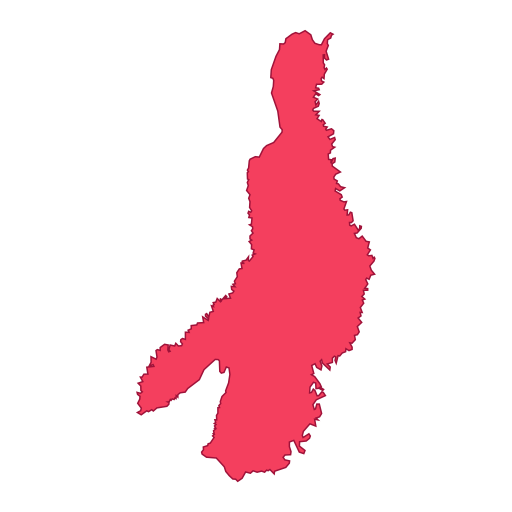 outline of Seate, Mokhotlong, Lesotho
{"feature_id": "5366337B91839727568065", "entity_name": "Seate", "entity_type": "district", "adm_level": 2, "iso_a3": "LSO", "parent_name": "Lesotho", "parent_adm1": "Mokhotlong", "projection": "equal_earth", "projection_center": [28.771, -29.06], "detail": "fine", "context": "isolated", "style": "filled", "palette": "rose", "viewbox_px": 512, "rotation_deg": 0, "n_neighbors": 0, "source": "geoboundaries", "source_scale": "gbopen_adm2", "svg_char_len": 6074}
<svg xmlns="http://www.w3.org/2000/svg" viewBox="0 0 512 512"><path d="M315.8,426.1L314.6,419.2L318.0,419.9L316.1,418.0L319.6,416.8L321.6,413.5L319.3,404.1L316.8,404.1L315.5,408.9L314.3,409.5L312.9,404.7L316.3,399.8L325.4,395.6L323.3,392.4L321.8,391.9L318.6,395.7L317.1,395.8L315.0,390.6L313.3,389.1L311.5,392.4L309.6,392.9L310.0,387.1L313.5,382.3L315.7,383.0L316.0,388.6L319.0,388.3L322.7,390.4L323.6,389.4L320.0,387.3L321.3,386.8L319.9,383.7L314.7,376.6L311.4,374.7L313.8,373.5L311.7,365.5L315.0,363.7L316.7,367.4L321.0,369.9L321.9,366.0L320.1,361.2L321.6,359.7L322.5,363.1L329.8,370.0L330.2,367.0L327.2,364.0L332.4,362.4L332.4,358.1L334.4,356.2L335.8,356.9L335.0,360.3L336.2,363.2L338.1,355.6L339.7,356.0L342.2,353.0L345.6,351.7L345.9,348.7L349.0,350.6L352.1,349.4L352.1,347.1L349.8,342.8L352.0,343.2L355.3,339.7L354.5,335.4L357.4,334.7L359.2,331.9L357.3,326.5L361.7,322.4L358.1,318.0L361.0,315.9L360.1,312.4L362.2,312.5L360.3,307.5L363.7,303.2L362.3,300.0L364.8,299.1L361.8,296.5L364.2,294.0L363.4,290.3L367.7,290.2L367.7,288.6L364.7,288.3L367.8,283.9L365.7,279.6L366.7,278.1L369.1,279.3L370.8,275.2L374.6,274.2L371.3,270.2L369.8,266.0L373.9,261.2L374.9,258.4L374.2,257.2L373.0,258.4L371.9,255.4L368.7,255.8L367.3,254.8L370.4,249.9L367.7,248.0L369.3,241.9L366.1,241.3L362.2,236.1L358.9,238.7L356.3,237.7L354.4,233.4L357.1,233.0L361.2,228.3L361.4,226.4L359.8,225.8L359.6,228.8L358.1,229.9L354.4,224.2L351.2,225.9L349.7,225.2L349.5,222.5L351.4,222.6L353.1,220.8L351.8,212.7L350.4,212.2L348.8,214.9L347.1,215.0L347.6,209.8L344.9,210.2L343.9,209.0L346.5,201.5L343.9,201.9L340.2,200.3L339.9,198.8L342.2,197.1L341.3,194.7L335.1,191.0L335.6,188.5L339.8,190.9L344.6,187.7L340.6,186.7L338.3,183.8L336.5,183.5L337.3,180.9L334.1,179.1L333.8,177.1L335.7,174.2L340.4,172.0L332.3,166.1L332.1,163.8L334.8,162.0L335.2,158.1L333.0,158.6L330.9,163.3L331.2,159.7L328.6,159.4L328.2,154.0L330.4,152.9L330.5,150.2L334.7,147.2L332.5,146.6L331.7,144.0L335.2,139.7L334.6,137.5L329.9,139.4L328.0,136.8L333.5,133.8L333.8,130.7L331.5,128.8L326.4,130.3L325.7,129.1L327.2,127.0L323.6,126.3L323.3,124.7L325.2,123.3L322.7,119.7L321.9,119.5L321.2,121.5L317.0,118.7L319.1,115.4L315.8,114.8L319.2,111.3L313.7,111.2L312.7,110.1L313.5,108.4L318.3,106.2L319.2,103.6L318.6,101.3L315.9,105.0L315.1,101.7L317.7,99.1L313.4,97.2L315.7,93.8L318.6,95.6L319.9,94.6L313.7,90.8L319.2,89.7L318.6,88.2L315.6,87.8L316.5,84.3L321.7,84.2L323.8,82.1L321.5,80.9L321.1,78.6L322.1,77.2L324.0,78.6L324.3,74.2L327.2,69.2L326.4,68.0L324.9,69.4L324.1,67.7L324.6,64.8L323.3,62.9L323.2,54.9L324.5,54.7L324.4,58.0L326.5,60.0L328.6,59.2L326.1,51.2L328.3,45.5L327.3,43.5L327.6,39.7L330.7,38.0L331.5,35.2L333.0,34.2L330.3,32.8L324.5,38.7L321.4,44.8L319.1,44.7L314.9,43.3L312.4,39.8L310.8,34.8L305.1,30.7L299.2,33.8L295.6,32.6L292.0,34.2L285.9,38.7L285.2,42.6L283.6,44.0L279.9,43.8L279.5,49.6L276.0,56.3L271.3,69.7L270.8,77.6L272.9,78.3L273.7,80.4L273.3,86.5L271.5,93.0L277.8,111.1L280.0,127.1L282.2,129.7L282.0,132.2L273.7,142.5L266.6,145.6L263.5,148.5L259.3,157.1L255.3,156.7L250.1,159.2L249.3,160.8L248.6,168.0L247.4,170.1L248.4,171.6L247.3,172.7L247.5,179.0L248.7,179.6L247.3,182.5L248.3,185.6L246.6,190.5L250.0,194.7L248.7,198.3L250.0,201.7L249.6,207.5L251.7,210.8L250.7,212.3L248.7,211.3L248.0,213.2L249.5,214.9L248.8,217.5L252.0,218.0L251.4,224.2L249.5,224.8L252.5,226.7L252.7,228.9L251.4,230.7L253.0,233.1L250.0,236.0L250.0,238.9L251.7,240.1L249.1,241.5L251.6,244.6L251.4,248.8L254.1,249.9L253.1,253.1L255.1,253.9L252.2,255.1L253.0,256.6L249.3,261.1L248.3,260.4L248.5,256.8L246.0,260.2L242.3,261.1L242.1,262.2L244.4,263.5L241.0,263.1L242.0,268.5L239.3,268.9L236.8,272.7L237.3,276.7L234.4,281.2L235.4,283.7L232.9,284.3L235.0,286.7L231.3,286.4L231.7,289.5L233.9,291.1L232.7,292.9L228.9,294.0L230.5,298.2L224.6,298.7L226.8,296.8L225.7,295.5L221.8,300.0L220.1,298.5L221.2,301.2L220.5,301.8L217.2,298.5L215.8,302.1L213.2,302.6L214.1,304.6L213.1,305.1L213.5,306.6L211.5,305.8L213.3,311.4L209.9,312.3L208.8,316.9L206.7,313.6L205.5,314.3L205.5,316.1L208.6,318.9L208.2,320.4L202.7,316.9L203.7,322.6L197.5,323.0L196.8,324.9L191.2,325.6L191.3,328.8L188.1,330.2L189.1,332.4L185.4,332.2L185.4,339.4L182.5,338.5L180.8,339.7L180.6,341.7L182.4,343.9L181.6,345.7L178.4,346.0L175.8,343.3L174.7,346.0L170.1,345.0L168.9,349.6L170.1,351.3L168.7,351.8L167.8,349.9L168.2,345.0L164.6,344.3L160.2,347.5L160.2,350.4L157.3,349.6L156.0,350.6L157.0,357.1L156.1,359.2L151.0,356.7L151.1,362.3L149.2,365.9L153.1,364.6L153.9,366.4L146.8,367.2L147.9,374.1L143.9,374.2L142.1,377.1L140.4,377.1L142.8,381.6L138.1,383.2L140.8,386.0L140.9,390.5L142.3,391.8L140.5,393.3L137.1,392.4L137.6,394.4L140.0,396.3L139.8,399.1L137.7,403.3L141.3,408.1L140.7,410.7L137.4,412.5L141.2,414.8L146.8,410.8L148.5,411.7L151.7,409.7L153.3,411.0L156.9,407.9L166.9,406.3L168.8,404.3L169.0,402.5L167.7,401.9L169.3,401.6L170.3,399.5L171.1,400.3L172.2,398.9L174.1,399.5L174.9,398.0L176.0,398.6L176.2,395.6L177.8,397.1L177.9,394.6L180.2,392.8L185.2,392.1L187.7,388.5L199.3,379.7L204.0,369.6L215.2,359.4L218.3,359.6L219.4,360.8L219.8,371.4L221.3,373.1L224.0,372.4L226.3,367.0L229.0,367.9L229.9,374.4L228.6,382.9L225.6,390.9L226.0,392.5L222.0,396.5L220.3,401.6L220.7,403.6L218.9,405.5L219.5,407.5L217.9,407.7L217.9,413.2L216.5,415.4L216.7,419.9L214.9,419.8L215.7,422.5L214.3,423.5L216.0,424.5L214.5,426.0L215.5,427.4L214.6,428.3L215.8,428.8L213.5,430.8L214.1,433.0L213.2,433.6L214.3,434.4L212.6,435.9L214.1,437.4L210.3,443.1L208.1,443.8L207.7,445.6L203.3,447.0L203.5,449.7L201.6,452.1L202.1,454.1L206.5,457.2L216.3,458.0L224.3,466.8L225.8,471.5L229.2,475.6L232.8,479.0L235.7,479.2L237.7,481.3L242.1,478.3L245.6,472.0L250.4,473.2L253.1,470.8L257.1,472.2L261.6,471.1L264.6,472.2L266.7,470.1L268.1,470.7L269.9,469.5L274.2,473.9L274.6,471.2L285.8,467.4L289.3,463.2L289.6,460.9L284.9,459.9L283.1,457.3L285.0,455.0L290.6,454.7L291.0,451.7L289.4,446.7L289.4,442.0L293.8,440.4L299.3,452.1L303.8,453.6L305.0,450.5L299.4,446.1L299.6,441.7L306.2,441.0L309.5,438.3L310.3,436.0L308.9,433.8L303.1,437.5L302.3,435.5L303.4,431.3L309.9,423.8L315.8,426.1Z" fill="#f43f5e" stroke="#9f1239" stroke-width="1.5"/></svg>